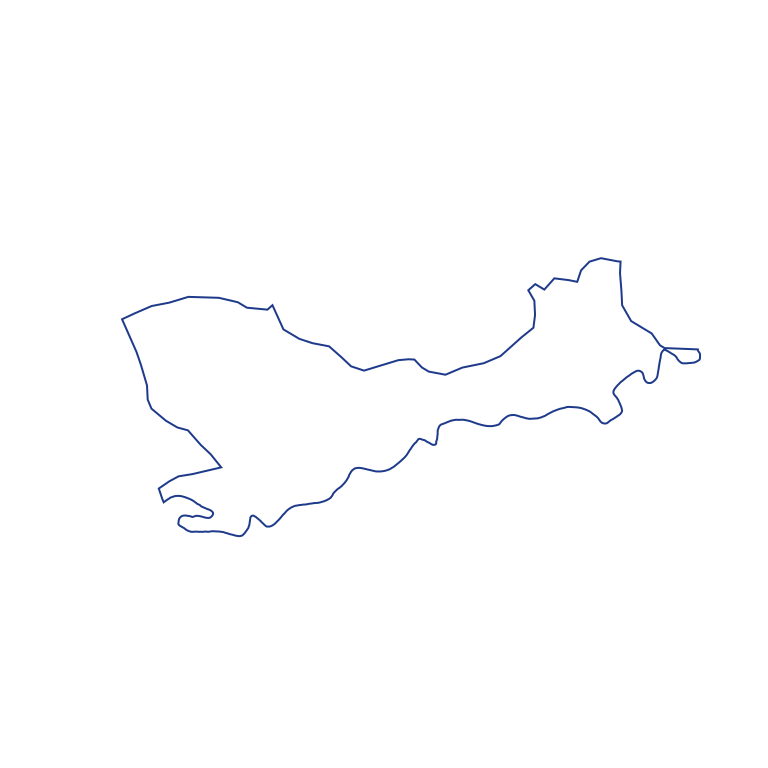 Manpho City, Chagang-do, North Korea, rotated 211°
{"feature_id": "82179303B45279105584010", "entity_name": "Manpho City", "entity_type": "district", "adm_level": 2, "iso_a3": "PRK", "parent_name": "North Korea", "parent_adm1": "Chagang-do", "projection": "albers", "projection_center": [126.267, 41.163], "detail": "fine", "context": "isolated", "style": "outline", "palette": "blue", "viewbox_px": 768, "rotation_deg": 211, "n_neighbors": 0, "source": "geoboundaries", "source_scale": "gbopen_adm2", "svg_char_len": 6166}
<svg xmlns="http://www.w3.org/2000/svg" viewBox="0 0 768 768"><g transform="rotate(211 384 384)"><path d="M633.9,316.4L641.9,304.6L612.8,284.1L602.3,275.3L586.4,260.7L578.5,248.9L570.6,243.1L552.1,240.2L538.8,240.3L528.2,243.3L509.7,237.4L496.4,234.5L480.6,228.7L501.9,208.0L512.5,199.1L517.8,190.2L523.2,178.4L515.1,171.5L511.9,169.1L510.0,173.6L509.2,175.0L508.7,176.4L507.5,177.9L505.6,180.1L504.4,181.1L503.4,181.7L502.1,182.5L500.2,183.4L498.2,184.0L496.3,184.5L491.4,185.4L488.3,185.6L486.8,185.6L483.0,185.2L482.2,185.1L479.7,185.4L478.3,185.1L477.1,185.0L471.3,185.8L468.2,186.4L466.2,186.3L465.4,186.1L464.2,185.5L463.5,184.4L463.4,183.5L463.4,182.7L463.5,181.8L464.0,180.3L465.0,179.1L465.9,178.5L468.2,177.5L469.5,177.1L471.5,176.6L474.6,175.6L476.0,174.9L477.4,174.1L477.9,173.4L478.5,172.8L478.9,172.1L479.4,171.6L480.1,171.2L482.3,170.8L483.3,170.3L486.6,169.0L488.7,167.4L489.4,166.4L489.9,165.0L490.1,164.0L490.1,163.1L489.9,162.0L488.8,159.3L488.3,158.3L487.6,157.7L486.3,157.4L485.0,157.4L481.4,157.5L478.7,157.2L477.3,157.2L475.9,157.3L473.1,158.0L472.1,158.6L468.4,161.1L467.2,161.6L464.9,163.0L462.8,164.2L461.5,165.3L458.5,166.8L455.5,169.3L449.4,172.6L445.5,174.3L442.3,175.0L440.9,175.5L439.5,175.7L435.1,177.1L433.7,177.4L432.0,178.0L430.6,178.6L429.1,179.4L427.6,181.0L427.2,181.9L426.8,183.7L426.5,184.9L426.5,186.1L426.3,187.9L426.3,189.1L426.1,190.4L426.4,191.6L426.9,194.0L429.7,200.6L429.8,201.5L429.6,202.5L429.2,203.2L428.2,203.9L427.4,204.0L425.3,204.0L419.4,203.1L418.0,202.6L415.6,202.1L414.5,201.8L412.3,201.4L411.2,201.4L409.4,202.4L408.6,202.9L407.8,203.8L407.0,204.9L406.3,206.3L405.7,207.7L405.2,209.4L404.9,211.0L404.4,212.6L404.1,214.2L403.8,215.7L403.1,220.5L402.6,221.9L402.4,223.4L401.9,225.8L401.4,227.3L400.6,228.9L400.1,230.1L399.4,231.2L397.7,233.5L396.6,234.6L395.8,235.1L394.8,236.1L392.2,238.1L391.3,238.9L389.1,240.4L388.4,240.9L387.0,242.3L384.9,244.0L384.2,244.5L382.4,246.1L381.2,246.8L378.8,248.6L377.2,250.2L376.4,251.2L375.7,251.8L373.8,254.2L372.1,256.9L371.1,259.1L371.1,260.1L370.9,261.3L370.9,262.6L371.1,263.8L370.9,265.3L370.0,268.9L369.5,270.4L368.7,272.1L367.7,274.8L367.5,276.2L367.1,277.5L366.9,278.7L366.5,281.9L366.5,283.6L366.6,286.9L366.9,287.4L367.0,288.5L367.0,291.6L367.0,292.2L366.7,293.8L366.4,294.7L365.8,295.9L365.4,296.7L364.3,297.8L362.8,298.9L361.8,299.5L360.0,300.3L358.3,300.9L354.6,302.1L353.8,302.3L351.8,303.0L347.1,304.5L346.5,304.7L344.9,305.4L344.1,306.0L342.4,306.9L340.2,308.6L339.3,309.3L337.2,311.4L335.2,313.9L334.1,316.1L333.2,317.6L332.5,319.4L331.6,321.9L330.7,324.4L329.9,326.8L329.6,328.1L329.2,329.2L328.4,332.2L328.2,333.5L328.0,334.9L327.9,337.8L327.9,340.5L327.7,342.2L327.7,343.4L327.5,346.4L327.1,348.8L326.6,350.3L326.3,352.2L326.2,353.9L326.1,354.4L325.6,355.1L324.5,355.7L321.9,356.2L320.1,356.8L319.9,356.8L318.0,356.6L314.2,356.9L313.3,356.8L311.6,356.9L310.8,357.0L309.4,357.9L309.0,358.3L308.7,358.7L308.6,359.1L308.6,359.8L309.5,361.4L309.7,362.1L309.9,363.2L310.2,364.3L311.4,366.7L311.9,368.1L313.8,371.4L314.1,371.9L314.2,372.7L314.5,373.8L314.7,374.9L314.8,376.4L314.6,377.7L314.3,378.4L313.9,379.0L313.5,379.5L311.9,381.4L310.4,383.5L309.2,385.1L308.8,385.5L308.1,386.6L305.6,389.0L305.0,389.5L304.3,390.1L303.1,390.9L301.0,392.0L298.7,393.6L297.1,394.4L295.6,395.0L293.6,395.7L291.4,396.4L289.7,396.8L284.5,397.8L281.6,398.5L277.3,399.8L274.2,401.0L271.5,402.4L269.5,403.7L267.9,405.1L266.7,406.2L265.0,408.1L264.6,408.7L264.4,409.3L264.3,410.5L264.1,412.6L263.3,415.7L262.0,419.0L261.6,419.8L260.9,420.9L259.9,422.0L258.6,423.1L258.0,423.5L256.7,424.3L255.4,424.9L253.8,425.4L250.0,426.3L246.0,427.5L245.2,427.6L241.7,428.9L240.4,429.7L237.5,431.7L234.6,433.7L232.2,436.2L230.4,438.6L229.5,439.8L229.1,440.6L228.7,441.3L228.0,442.7L225.0,447.6L221.9,451.6L221.3,452.2L220.5,453.3L217.6,456.0L215.4,458.4L214.1,459.4L209.0,462.1L206.4,463.4L204.8,464.1L202.7,464.9L201.0,465.3L197.6,466.0L193.7,466.4L191.8,466.3L189.7,466.0L185.5,465.6L184.0,465.3L182.9,465.0L181.7,464.5L179.6,463.5L178.9,463.3L177.0,463.0L176.4,463.1L175.3,463.4L173.4,464.5L172.9,465.0L172.3,466.2L171.8,467.5L171.4,468.8L170.5,470.6L169.9,471.4L169.2,472.9L168.8,473.6L166.5,478.6L166.1,479.5L165.8,481.1L165.8,482.5L165.9,483.1L166.3,484.0L166.7,484.4L168.1,485.8L169.2,486.8L171.4,488.4L174.0,490.2L175.6,491.3L176.5,491.6L177.1,492.0L181.4,493.5L182.5,494.3L183.2,495.2L183.6,496.0L183.8,497.9L183.8,498.7L183.6,500.3L183.1,503.4L182.5,505.6L182.2,507.4L181.5,508.9L179.3,515.3L178.4,517.0L177.2,520.0L176.4,521.6L174.5,524.8L173.7,525.8L173.2,526.2L172.6,526.5L171.6,526.9L171.0,527.0L169.9,527.0L169.0,527.0L168.5,526.8L167.3,526.1L166.3,525.2L165.3,524.2L164.3,523.1L164.0,522.7L162.2,521.6L161.2,521.2L160.0,520.8L158.7,520.8L158.1,521.0L157.0,521.5L156.0,522.2L155.2,523.2L154.7,524.1L154.2,525.3L153.6,527.4L153.4,528.7L153.4,530.0L153.7,531.5L154.2,532.8L156.2,537.8L156.4,538.6L157.1,539.9L157.3,540.6L157.6,541.1L158.0,542.4L158.5,543.5L158.8,544.3L159.1,545.0L160.6,549.3L160.9,549.9L161.5,551.3L161.9,552.4L162.1,553.3L162.2,554.2L162.1,555.9L161.8,557.2L161.5,557.6L161.2,557.8L159.4,558.2L156.7,558.3L156.0,558.3L155.1,558.3L153.6,558.2L150.1,558.3L148.9,558.1L146.9,557.5L146.0,556.9L144.8,556.3L143.0,555.7L140.4,555.3L139.5,555.4L139.0,555.5L137.5,556.2L135.9,557.2L135.4,557.5L134.3,558.3L133.1,559.2L132.5,559.7L132.1,559.9L131.0,560.7L128.9,562.4L128.5,562.9L127.8,563.9L126.9,565.5L126.1,567.2L126.1,567.6L126.1,568.0L126.8,569.5L127.4,570.5L128.2,571.9L128.7,572.6L129.7,573.2L131.5,574.0L132.0,574.3L132.4,574.6L132.8,575.3L162.0,559.3L167.3,559.3L180.6,565.2L204.5,565.2L220.4,574.1L228.3,585.9L238.8,600.6L244.3,610.8L246.8,609.5L262.8,603.6L270.9,594.7L273.6,582.9L271.0,571.1L279.1,568.2L292.4,562.3L295.2,547.5L305.8,547.5L308.6,538.7L298.0,532.8L290.1,521.0L284.9,509.2L290.3,494.5L298.5,467.9L309.2,453.2L325.3,438.4L336.1,423.6L352.0,417.7L360.0,417.7L370.6,420.6L375.9,417.7L384.0,411.8L408.0,385.2L421.3,382.2L434.6,385.1L450.5,388.0L466.5,382.1L479.8,379.1L498.3,379.0L520.2,394.1L522.2,387.7L540.8,378.8L551.4,378.8L570.0,372.8L596.6,357.9L610.0,343.1L623.3,331.2L633.9,316.4Z" fill="none" stroke="#1e3a8a" stroke-width="2"/></g></svg>